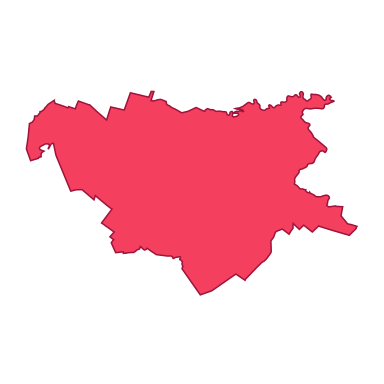 Ciacova, Timis, Romania (Natural Earth projection), rotated 176°
{"feature_id": "2599482B63643580680860", "entity_name": "Ciacova", "entity_type": "district", "adm_level": 2, "iso_a3": "ROU", "parent_name": "Romania", "parent_adm1": "Timis", "projection": "natural_earth1", "projection_center": [21.088, 45.537], "detail": "fine", "context": "isolated", "style": "filled", "palette": "rose", "viewbox_px": 384, "rotation_deg": 176, "n_neighbors": 0, "source": "geoboundaries", "source_scale": "gbopen_adm2", "svg_char_len": 5899}
<svg xmlns="http://www.w3.org/2000/svg" viewBox="0 0 384 384"><g transform="rotate(176 192 192)"><path d="M289.0,286.3L299.0,290.7L299.6,289.6L301.2,286.5L302.6,283.1L309.2,285.8L309.9,284.6L315.8,287.3L322.5,290.0L322.6,291.0L323.2,292.7L323.1,293.0L329.4,289.5L332.0,286.8L333.0,286.1L333.7,284.8L334.8,284.0L336.7,282.8L338.0,282.8L338.3,281.2L339.4,280.4L340.8,278.6L341.2,278.4L342.3,278.8L343.6,278.8L343.8,278.5L343.7,277.7L344.2,276.4L344.3,275.4L346.3,272.9L348.7,271.9L349.0,271.6L349.4,271.6L351.7,257.8L354.2,246.6L353.8,245.0L350.8,234.5L342.8,236.3L342.3,237.4L341.1,237.4L340.0,237.7L340.0,239.5L339.8,240.6L339.5,241.2L338.6,242.1L336.8,243.1L340.6,244.8L341.1,246.4L341.1,246.8L340.1,247.9L334.9,250.2L332.1,250.0L331.2,249.1L331.0,248.3L331.3,247.5L332.4,245.5L332.3,245.2L331.9,245.4L329.3,249.6L327.8,250.2L326.8,250.1L325.3,239.0L324.7,236.7L312.9,201.3L307.4,202.3L301.5,202.0L290.3,191.0L288.7,195.1L277.9,184.7L274.3,181.5L273.0,180.6L284.4,167.4L281.5,165.1L280.6,164.2L278.6,162.7L272.5,157.5L277.0,153.0L273.5,149.9L274.2,149.3L276.1,147.0L272.4,136.8L264.8,137.1L264.8,135.6L261.4,135.6L260.5,135.9L254.6,135.8L254.1,135.9L252.8,136.6L250.7,138.2L248.5,138.7L247.8,139.7L247.4,141.2L246.8,140.8L244.2,137.9L243.3,137.4L242.6,137.6L241.5,138.1L240.7,139.0L236.5,135.5L231.9,132.0L220.8,129.8L217.8,129.7L217.0,129.4L216.1,128.6L215.8,128.3L215.6,127.2L215.1,126.9L214.9,126.9L213.9,127.6L212.0,128.1L211.1,128.0L208.6,128.4L208.1,128.1L208.1,127.8L208.9,125.8L208.9,125.4L207.6,124.7L207.0,123.6L206.4,123.0L206.4,122.7L207.0,121.3L207.0,120.9L206.9,120.0L206.2,118.5L206.3,118.1L206.8,117.7L207.3,116.1L190.9,88.8L179.1,92.1L154.0,107.1L145.2,100.2L144.8,101.2L132.8,112.1L127.2,116.9L124.7,118.1L122.7,119.8L120.8,121.9L117.6,125.8L117.1,127.3L116.7,137.6L116.5,137.9L113.6,141.4L111.9,145.4L111.3,146.2L110.3,146.9L104.6,148.7L104.0,148.3L98.1,143.1L95.5,146.9L95.1,147.2L93.8,148.8L93.6,149.6L93.7,150.8L93.6,151.5L93.3,152.5L93.2,153.4L87.5,147.2L82.9,151.1L74.8,143.7L67.8,149.4L67.2,148.8L54.6,143.9L38.1,137.8L30.9,144.0L30.5,145.2L29.8,146.2L35.2,148.3L39.0,149.4L45.0,157.8L42.7,166.8L48.3,167.5L49.7,167.8L49.7,168.0L50.2,168.1L56.3,167.6L57.1,168.0L58.4,169.0L58.5,169.3L58.4,169.8L57.8,170.6L57.0,174.2L56.0,175.3L55.3,176.9L55.5,177.7L56.3,178.7L57.9,179.5L58.4,179.5L61.5,179.1L63.1,178.4L64.6,178.2L68.8,178.8L70.4,180.4L74.4,182.9L74.7,183.7L75.1,183.1L75.5,183.1L76.3,183.3L77.8,184.2L78.5,185.1L78.6,185.5L78.2,186.2L78.4,186.3L80.6,186.9L81.1,187.3L83.9,187.5L86.7,191.0L89.3,192.8L88.9,194.2L88.7,195.4L88.8,197.2L88.6,198.0L87.8,199.6L84.4,203.3L83.8,204.2L83.7,205.9L83.4,206.4L82.3,207.0L80.0,207.4L76.6,208.8L75.7,209.4L75.1,210.3L74.7,211.4L74.2,211.7L73.0,212.1L70.3,212.1L69.2,212.6L68.2,213.4L67.7,214.4L67.1,215.8L66.6,216.9L63.3,220.9L62.0,223.1L61.1,223.6L59.1,224.0L58.2,223.7L56.8,222.3L56.5,222.2L55.5,223.0L54.5,225.2L54.7,226.2L55.4,227.2L60.4,232.1L66.2,237.5L66.9,238.3L67.3,239.7L68.8,242.8L71.5,246.4L71.8,247.4L71.8,247.8L71.7,248.2L69.9,250.2L69.7,251.0L70.0,251.7L71.1,252.4L73.4,253.2L74.9,254.2L76.1,256.1L77.9,257.9L78.1,258.5L78.0,259.6L77.4,260.3L76.5,260.9L75.8,261.7L75.8,262.0L76.3,263.1L76.4,263.6L76.3,264.4L74.5,266.7L73.6,267.2L72.8,267.4L71.4,267.4L70.1,267.0L68.0,266.6L63.1,267.0L59.9,266.6L56.4,265.9L55.1,266.2L54.4,266.9L54.0,267.7L53.9,269.2L53.2,270.0L52.3,270.3L50.6,270.2L50.1,270.3L47.9,271.3L45.6,272.0L44.1,272.6L44.2,273.0L45.1,273.5L45.7,273.4L47.0,273.6L47.3,273.8L47.8,274.5L48.2,275.6L47.6,275.9L46.5,276.8L46.7,277.0L47.6,278.3L48.3,278.7L48.9,279.0L49.4,278.9L50.5,278.3L51.1,277.7L51.5,277.0L51.8,274.7L53.2,274.1L53.6,274.3L55.2,276.1L55.8,277.3L56.3,277.9L57.0,278.6L58.7,279.8L61.8,280.7L64.0,280.8L65.9,281.3L66.3,281.2L66.6,280.6L66.4,278.1L66.5,277.6L67.0,276.8L67.6,276.4L68.9,275.8L70.0,275.0L70.7,274.7L71.2,274.7L71.7,275.0L72.6,276.3L74.1,277.3L74.4,277.7L74.8,279.3L74.7,279.9L74.2,281.5L74.1,282.7L74.9,284.0L75.5,284.4L76.4,284.4L77.1,283.9L77.7,283.1L77.9,282.6L77.9,281.9L77.4,280.9L77.3,280.3L77.6,279.4L77.9,279.1L78.9,279.1L79.3,279.3L80.8,281.4L81.5,281.8L82.4,281.7L83.8,280.4L84.9,280.0L86.1,280.1L88.9,281.1L89.7,281.0L90.1,280.7L90.6,279.9L91.1,276.4L91.5,275.8L92.3,275.3L93.5,275.1L96.3,275.6L96.8,275.5L97.1,275.2L97.2,274.9L97.2,274.5L96.9,273.1L97.2,272.5L97.9,272.3L99.5,272.8L101.0,272.6L102.3,271.9L103.7,270.6L104.1,270.4L105.1,270.6L105.8,271.2L107.1,272.8L108.1,273.4L108.8,273.5L109.2,273.2L109.5,272.7L109.4,272.2L108.9,270.8L109.0,270.2L109.6,270.0L111.4,270.0L113.3,268.7L114.5,268.4L116.5,269.1L117.9,270.1L118.4,271.3L118.4,271.9L118.2,273.0L118.3,273.6L118.7,274.5L120.4,276.2L120.9,276.8L121.1,278.3L121.5,279.3L122.1,279.8L123.1,280.1L123.7,279.8L124.0,279.3L124.1,278.8L123.6,276.7L124.4,275.6L125.2,275.5L126.2,275.8L128.5,277.3L129.2,277.4L130.6,276.9L135.1,273.9L138.8,272.6L142.6,272.3L143.0,272.2L140.6,271.3L138.0,271.1L136.5,270.7L135.6,270.2L135.0,268.8L136.0,268.6L137.4,269.5L138.6,269.7L140.5,269.0L141.4,269.5L142.1,269.4L144.0,268.7L144.9,268.2L144.9,267.8L144.5,267.6L140.7,267.4L140.1,265.8L140.6,265.2L141.8,264.5L144.7,264.0L145.7,264.1L146.4,264.9L146.4,265.6L145.8,267.3L145.9,268.6L146.1,269.2L146.4,269.5L147.2,269.5L148.1,269.1L148.6,268.4L148.9,267.3L149.3,266.4L149.7,266.1L150.5,266.2L151.6,266.9L152.0,268.7L152.4,269.4L153.2,269.7L156.1,270.1L158.6,270.7L162.4,270.8L163.1,271.2L165.1,272.6L167.8,272.8L170.4,274.0L170.9,274.0L171.4,273.8L173.1,272.8L173.4,272.4L173.4,271.9L174.1,271.6L182.0,276.0L190.3,272.8L196.7,271.7L203.0,275.9L204.1,276.4L207.1,278.2L208.3,279.5L210.7,280.7L211.2,281.5L211.5,284.2L212.0,284.3L214.3,285.5L216.8,286.6L219.8,286.4L223.4,285.5L226.5,286.0L223.0,294.9L225.7,295.2L228.5,289.6L245.9,295.1L246.2,295.1L246.4,294.9L246.6,295.1L253.9,278.5L267.2,282.5L267.6,281.1L268.0,280.4L272.2,269.8L280.7,278.3L288.0,286.1L289.0,286.3Z" fill="#f43f5e" stroke="#9f1239" stroke-width="1.5"/></g></svg>